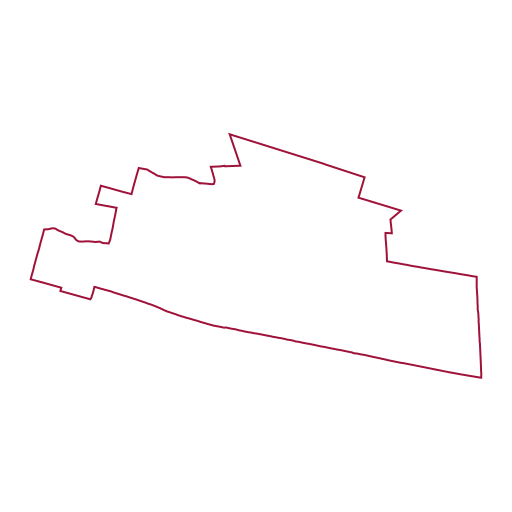 Studina, Olt, Romania (orthographic projection)
{"feature_id": "2599482B4417502525684", "entity_name": "Studina", "entity_type": "district", "adm_level": 2, "iso_a3": "ROU", "parent_name": "Romania", "parent_adm1": "Olt", "projection": "orthographic", "projection_center": [24.422, 43.965], "detail": "fine", "context": "isolated", "style": "outline", "palette": "rose", "viewbox_px": 512, "rotation_deg": 0, "n_neighbors": 0, "source": "geoboundaries", "source_scale": "gbopen_adm2", "svg_char_len": 6001}
<svg xmlns="http://www.w3.org/2000/svg" viewBox="0 0 512 512"><path d="M447.8,372.0L460.5,374.3L464.2,374.9L468.1,375.6L474.3,376.6L479.0,377.4L481.2,377.7L481.3,373.6L481.1,370.9L480.8,362.1L480.7,360.4L479.9,343.0L479.7,342.3L479.6,341.3L479.6,340.6L479.6,339.4L479.6,338.4L479.5,338.1L479.4,336.1L479.3,334.0L479.2,331.8L479.1,329.5L479.0,328.6L479.0,327.5L478.9,326.2L478.9,324.6L478.6,322.0L478.6,320.6L478.7,319.6L478.4,316.1L478.4,315.1L478.3,313.2L478.0,311.3L477.9,310.6L477.7,309.7L477.7,309.2L477.7,306.5L477.5,303.0L477.5,301.9L477.5,301.5L477.5,300.6L477.4,298.8L477.3,296.2L477.1,293.6L477.0,291.8L476.7,287.1L476.7,282.9L476.7,280.1L476.7,277.9L476.7,276.8L476.2,276.7L475.3,276.6L472.5,276.2L469.4,275.6L468.4,275.4L460.3,274.1L456.5,273.4L455.5,273.2L449.7,272.3L443.0,271.2L441.3,270.9L433.6,269.6L429.3,268.9L425.5,268.2L421.8,267.6L417.7,266.8L414.7,266.4L410.7,265.7L406.7,264.8L405.5,264.7L402.8,264.2L398.6,263.4L394.2,262.7L391.3,262.1L387.0,261.3L386.7,253.5L386.4,248.6L386.1,244.1L385.8,240.9L385.5,236.3L385.5,232.9L391.8,233.3L391.6,230.4L391.3,227.4L390.7,222.4L390.5,219.5L397.7,213.4L401.0,210.6L392.4,208.0L392.1,207.9L358.5,197.7L364.6,177.3L324.9,164.3L324.4,164.0L229.7,134.3L230.7,137.2L240.4,165.7L225.0,166.3L224.7,165.8L220.3,166.4L210.8,166.8L211.2,168.1L211.7,169.6L212.3,171.7L212.9,173.7L213.2,175.0L213.5,176.0L214.0,177.7L214.3,178.9L214.6,180.1L214.6,180.9L214.5,181.7L214.3,182.6L214.1,183.1L213.8,184.0L213.3,184.0L212.1,184.2L210.5,184.1L206.1,183.6L203.0,183.4L201.0,183.2L200.3,183.1L200.3,183.4L199.7,183.4L198.4,182.7L197.5,182.1L196.6,181.6L195.6,181.1L194.2,180.4L192.5,179.7L191.7,179.4L189.9,178.5L188.4,177.9L187.5,177.6L186.8,177.4L186.2,177.3L185.4,177.3L183.5,177.2L181.4,177.2L179.6,177.2L178.2,177.2L176.0,177.2L174.3,177.3L172.6,177.3L170.8,177.3L169.4,177.2L167.5,177.2L164.0,177.2L162.4,176.8L161.0,176.5L158.0,175.8L157.2,175.5L156.5,175.2L155.7,174.6L154.2,173.6L152.9,173.0L149.7,171.1L147.9,170.0L147.0,169.5L146.2,169.3L144.7,169.1L143.2,168.8L140.3,168.3L138.8,168.0L136.7,175.0L136.3,176.5L134.8,181.7L133.0,188.3L131.5,194.1L131.2,194.0L126.4,192.8L121.5,191.5L112.7,189.0L105.2,186.9L104.0,186.6L100.9,185.7L100.6,186.7L99.9,189.5L99.2,191.9L98.2,195.5L97.3,198.4L96.2,202.5L95.8,204.0L116.6,207.8L116.3,208.9L116.1,209.8L116.0,210.4L116.0,211.1L115.7,212.1L115.6,212.8L114.9,216.4L114.4,218.7L113.8,221.4L113.4,223.8L112.7,227.9L111.6,232.6L110.7,237.1L110.2,239.6L109.8,240.7L108.7,243.5L107.1,243.3L106.0,243.1L104.8,243.2L103.6,243.1L102.5,242.9L101.3,242.4L100.4,241.9L99.6,241.6L99.0,241.6L97.9,241.9L97.4,241.8L96.7,241.8L96.3,241.9L95.3,242.0L94.0,241.8L93.1,241.7L91.7,241.6L89.6,241.4L88.5,241.3L87.2,241.3L86.5,241.3L85.4,241.3L84.1,241.5L83.1,241.6L82.2,241.6L81.2,241.5L80.4,241.6L79.5,241.5L78.4,241.3L77.4,240.8L76.4,240.1L75.7,239.3L75.0,238.5L74.5,237.7L73.9,237.1L73.0,236.4L71.9,235.9L70.6,235.3L69.9,235.1L68.9,234.8L66.9,234.2L65.6,233.8L64.6,233.3L63.8,232.8L63.2,232.5L61.7,231.8L60.4,231.3L59.6,231.0L58.8,230.6L57.8,230.2L57.2,229.8L56.5,229.3L55.9,228.9L55.5,228.7L53.8,228.3L52.5,228.3L51.1,228.5L49.7,228.9L48.9,229.1L48.3,229.2L47.4,229.3L46.6,229.3L45.5,229.3L44.6,229.4L44.1,229.5L43.2,233.3L41.9,237.9L40.6,242.5L39.3,247.6L39.2,248.1L38.6,250.2L37.5,253.6L36.1,258.8L35.7,260.1L35.6,260.5L35.2,262.2L34.8,263.7L34.2,265.5L33.8,267.5L33.5,268.9L32.6,272.2L31.8,274.9L31.2,277.3L30.7,279.3L45.1,283.2L61.3,287.7L61.1,288.4L60.9,289.3L60.6,289.9L60.4,291.0L90.3,299.3L90.7,298.8L91.1,298.1L91.4,297.5L91.7,296.6L91.8,296.0L92.1,295.3L92.7,293.5L93.3,291.4L94.0,288.6L94.4,286.9L95.5,287.1L99.5,288.3L102.1,289.0L103.7,289.4L104.9,289.8L105.8,290.0L107.3,290.4L109.5,291.0L110.3,291.2L111.1,291.4L112.0,291.8L113.0,292.2L115.1,292.9L118.1,293.8L120.9,294.7L124.1,295.7L125.6,296.1L127.0,296.5L128.7,297.1L130.0,297.5L131.5,298.0L134.3,298.9L135.6,299.3L136.3,299.5L138.2,300.2L139.5,300.6L140.1,300.8L141.0,301.1L142.3,301.6L144.2,302.2L145.9,302.8L148.2,303.7L149.4,304.1L150.3,304.3L151.6,304.8L152.7,305.2L154.5,305.9L155.3,306.2L156.4,306.7L157.2,307.0L157.7,307.2L158.6,307.6L159.6,308.0L160.2,308.2L160.8,308.6L161.7,309.0L162.6,309.4L163.9,310.1L165.9,310.9L166.9,311.4L167.6,311.6L169.8,312.3L174.3,313.8L175.9,314.3L176.6,314.6L177.5,315.0L178.5,315.3L179.7,315.7L180.8,316.0L181.5,316.4L182.2,316.5L183.0,316.7L184.1,317.0L184.9,317.3L185.3,317.5L185.9,317.6L186.4,317.7L187.1,318.0L187.7,318.1L188.0,318.2L190.0,318.7L191.3,319.1L192.6,319.5L194.6,320.1L197.3,320.8L200.5,321.9L203.3,322.7L206.1,323.5L207.7,324.0L210.3,324.7L212.6,325.3L214.1,325.8L215.4,325.9L216.8,326.2L219.6,326.7L220.4,326.9L221.2,327.0L221.7,327.1L222.7,327.4L223.3,327.5L224.0,327.7L224.4,327.7L224.6,327.6L225.4,327.5L225.8,327.5L226.6,327.6L229.5,328.3L231.6,328.7L232.6,328.9L233.2,329.0L234.5,329.1L235.5,329.3L236.4,329.6L237.7,329.9L238.3,330.0L238.8,330.3L239.6,330.4L240.7,330.6L241.4,330.7L243.4,331.2L244.7,331.5L246.3,331.8L249.6,332.4L251.3,332.6L253.3,333.1L255.3,333.4L257.1,333.6L258.7,334.0L261.3,334.4L263.5,334.9L265.0,335.2L268.2,335.8L270.4,336.2L272.5,336.7L274.1,337.0L276.6,337.4L278.2,337.8L280.0,338.0L281.3,338.2L282.5,338.5L283.1,338.6L284.7,338.9L285.3,339.1L287.5,339.7L288.6,339.8L289.3,339.9L290.2,340.0L291.4,340.3L292.6,340.5L293.6,340.7L294.4,341.1L295.5,341.4L297.6,341.7L298.6,341.8L299.9,342.1L301.0,342.3L301.8,342.5L302.5,342.8L303.3,342.8L304.7,343.1L306.5,343.5L307.6,343.6L310.7,344.2L311.9,344.4L313.0,344.7L314.3,344.9L315.6,345.2L316.7,345.5L317.7,345.7L321.4,346.5L323.0,346.7L323.8,346.8L328.9,347.9L332.8,348.7L335.6,349.2L337.3,349.6L340.1,350.0L341.6,350.3L343.0,350.6L344.8,351.0L346.3,351.3L348.8,351.8L350.0,352.1L350.9,352.2L352.0,352.5L352.5,352.6L353.0,353.0L353.9,353.2L354.8,353.4L355.4,353.4L356.0,353.4L357.8,353.7L360.5,354.3L363.1,354.7L364.8,355.0L370.0,356.2L374.5,357.2L375.2,357.3L381.2,358.6L381.8,358.8L383.6,359.1L388.0,360.2L389.5,360.5L390.0,360.6L400.8,362.8L403.3,363.1L447.8,372.0Z" fill="none" stroke="#9f1239" stroke-width="2"/></svg>